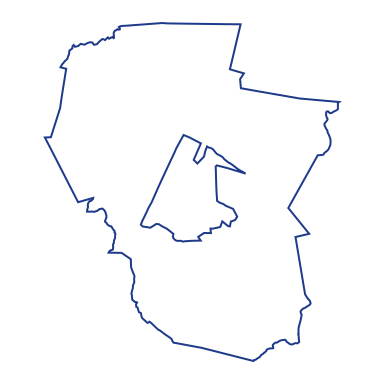 San Juan Bautista Tlachichilco, Oaxaca, Mexico (orthographic projection)
{"feature_id": "50627088B82603535513252", "entity_name": "San Juan Bautista Tlachichilco", "entity_type": "district", "adm_level": 2, "iso_a3": "MEX", "parent_name": "Mexico", "parent_adm1": "Oaxaca", "projection": "orthographic", "projection_center": [-98.322, 17.586], "detail": "fine", "context": "isolated", "style": "outline", "palette": "blue", "viewbox_px": 384, "rotation_deg": 0, "n_neighbors": 0, "source": "geoboundaries", "source_scale": "gbopen_adm2", "svg_char_len": 4898}
<svg xmlns="http://www.w3.org/2000/svg" viewBox="0 0 384 384"><path d="M173.4,342.6L201.5,347.8L253.5,361.0L253.8,360.2L255.2,359.8L256.0,359.5L257.5,358.3L259.2,357.4L260.5,356.1L261.1,355.0L261.8,354.5L262.8,354.0L263.7,353.3L264.1,352.6L264.9,352.3L266.2,351.1L266.5,350.0L268.1,348.9L269.2,348.7L270.2,348.4L271.5,348.4L273.2,348.2L273.2,347.2L272.8,346.0L272.8,345.0L274.1,343.5L275.5,342.6L276.7,342.6L277.8,342.2L279.1,341.1L280.5,340.6L281.8,340.1L285.2,339.8L285.9,340.5L286.8,341.9L288.1,342.7L288.9,343.4L290.3,344.3L292.5,344.4L294.1,343.6L295.1,343.2L296.7,343.2L297.6,343.3L299.2,341.9L299.1,341.0L298.9,339.4L298.8,338.3L298.7,336.1L298.6,335.8L298.3,334.7L298.3,333.8L298.6,333.8L298.5,332.0L298.5,330.2L298.6,327.9L299.1,325.8L299.9,322.8L300.6,320.2L301.2,317.4L301.7,315.0L301.7,314.9L300.8,313.2L300.6,311.5L301.5,310.0L303.3,308.5L304.7,308.0L306.4,306.9L307.8,306.0L309.2,305.2L310.1,304.4L310.6,303.3L309.8,300.7L307.9,298.7L306.7,296.9L305.1,294.4L300.0,263.9L295.5,237.0L309.2,233.8L288.3,208.0L292.5,200.5L317.7,155.3L321.8,155.0L323.3,154.7L324.1,153.3L325.2,152.2L326.0,151.8L327.2,150.7L328.3,149.6L329.0,148.2L329.8,146.4L330.4,144.6L330.6,141.8L330.5,140.0L330.1,138.2L329.5,136.4L328.7,134.5L327.7,132.7L327.5,131.2L327.2,130.2L326.6,129.5L326.1,128.7L325.6,127.5L324.8,126.1L324.3,124.2L325.1,122.9L325.7,122.1L326.5,121.2L327.3,120.0L327.6,119.1L327.2,118.2L326.7,117.5L326.4,116.2L326.1,115.2L326.1,114.5L326.1,112.8L326.6,111.6L328.0,111.3L328.8,112.1L329.6,112.9L330.3,113.2L331.3,113.0L332.4,112.6L333.4,111.7L334.7,111.2L336.6,110.2L337.8,109.3L337.9,108.3L337.9,107.3L337.9,106.3L337.9,104.4L337.9,102.9L339.1,102.0L299.6,98.5L257.0,91.1L240.9,88.2L240.1,79.2L243.9,73.4L229.9,69.3L232.1,60.2L240.6,24.3L227.9,24.2L188.2,23.7L167.3,23.4L163.1,23.1L162.6,23.0L125.0,25.8L124.0,25.8L122.4,25.9L120.3,26.3L118.9,26.9L119.2,27.5L119.8,28.4L119.8,29.4L119.1,29.6L118.4,29.6L117.4,29.2L116.8,29.7L116.2,30.2L114.9,30.7L113.8,32.5L113.7,33.3L113.8,35.3L114.0,37.9L113.5,38.1L112.4,37.0L110.9,37.7L109.1,38.7L107.9,37.4L107.1,38.1L105.0,40.1L104.2,39.5L102.4,39.0L100.4,40.6L98.3,42.6L96.9,44.2L95.5,44.5L94.0,44.8L93.6,44.3L93.1,43.6L92.4,42.6L90.9,42.2L88.4,42.7L86.2,43.7L85.2,44.4L84.0,44.6L83.0,44.4L81.5,44.0L80.6,43.9L79.1,45.2L78.3,46.0L74.9,46.8L73.7,45.0L72.6,46.1L72.4,47.1L72.3,48.4L71.3,49.2L70.4,49.8L69.3,50.8L69.2,52.7L69.0,54.3L68.1,56.3L67.4,58.7L66.1,60.1L64.7,61.2L63.6,62.8L62.0,64.5L60.5,67.3L66.2,68.8L61.9,95.6L60.1,108.1L50.9,137.2L44.9,137.5L52.2,151.6L78.1,202.2L93.2,197.9L92.9,199.1L92.2,199.8L91.1,200.8L89.5,201.3L88.9,202.1L88.1,203.4L87.7,205.2L88.0,206.3L88.0,207.1L87.4,209.0L87.2,209.6L87.1,211.4L87.1,211.7L92.8,211.6L94.1,211.9L95.8,211.3L97.5,210.7L98.5,209.9L99.7,209.0L101.6,208.7L102.6,208.7L103.7,209.7L104.5,210.5L105.2,211.8L105.6,212.5L105.7,213.7L105.9,214.1L106.3,214.8L106.5,216.9L106.3,217.8L105.9,218.6L105.4,220.1L105.0,221.2L105.3,222.1L106.0,222.5L106.6,223.0L106.9,223.8L108.4,225.4L109.3,225.7L110.2,226.3L111.4,226.4L112.2,227.9L112.7,228.7L113.4,229.7L113.9,230.3L114.6,231.0L114.7,231.9L114.5,232.5L115.3,233.3L115.4,234.2L115.2,234.9L115.1,236.1L115.1,236.9L115.0,238.0L114.6,239.2L114.0,240.5L113.9,241.9L113.8,243.1L113.3,243.8L113.0,244.8L113.1,245.8L113.2,247.0L113.0,248.2L112.9,249.4L111.9,250.0L110.9,250.2L109.5,251.1L108.6,252.7L110.8,252.7L121.6,252.9L130.1,258.7L130.8,259.2L131.1,267.3L132.5,271.2L134.5,276.2L134.1,279.1L134.3,282.1L132.9,285.8L132.9,287.8L131.7,292.1L131.5,294.3L131.9,295.3L132.2,299.6L135.0,302.0L136.2,302.0L137.1,302.6L136.0,304.2L136.2,305.4L136.2,306.7L136.6,306.9L137.6,307.6L137.8,308.4L138.9,312.1L140.9,313.1L141.7,317.2L142.1,318.0L147.1,322.6L147.8,322.9L149.5,321.7L151.2,323.0L158.1,329.6L159.8,330.4L164.4,333.9L170.1,337.8L171.8,339.3L172.2,340.6L173.4,342.6ZM158.9,185.9L161.4,180.5L169.8,162.4L174.4,152.7L176.4,148.1L179.7,142.1L183.6,135.0L189.1,137.3L190.0,137.7L200.9,143.4L193.7,159.9L197.4,163.5L204.0,156.6L205.2,151.4L207.0,146.5L208.8,147.6L209.4,147.6L209.8,147.7L210.6,147.9L212.9,149.2L213.6,150.1L216.7,153.8L222.2,156.8L223.4,158.1L224.5,159.4L227.3,161.6L228.8,162.7L230.2,163.4L232.2,164.7L234.1,166.2L235.8,167.5L236.8,168.3L238.5,169.5L239.9,170.4L243.1,172.1L245.6,173.6L237.1,171.0L235.6,170.6L227.1,168.0L216.9,165.4L215.7,166.5L216.4,189.6L217.1,200.9L219.7,202.7L223.5,204.1L225.6,205.7L233.1,208.9L237.2,216.6L235.0,220.1L230.9,221.5L229.9,226.4L228.1,226.1L222.3,221.4L220.2,227.0L213.2,228.6L210.5,228.6L210.9,233.1L204.0,233.0L198.2,236.9L200.7,240.6L191.7,240.8L184.5,241.3L183.2,241.6L182.0,241.3L181.3,240.9L180.3,240.8L179.4,240.9L178.1,240.9L176.4,240.7L174.8,239.7L173.5,238.3L172.9,236.7L173.4,233.9L166.7,228.6L162.0,226.3L158.9,224.2L156.2,224.0L150.4,227.7L142.7,226.5L142.0,225.8L140.9,224.7L141.0,224.3L142.4,220.8L146.5,212.4L148.4,208.1L151.7,202.2L158.9,185.9Z" fill="none" stroke="#1e3a8a" stroke-width="2"/></svg>